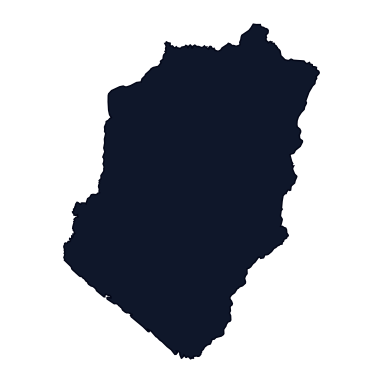 Muanza, Sofala, Mozambique, rotated 89°
{"feature_id": "85939544B50673994435668", "entity_name": "Muanza", "entity_type": "district", "adm_level": 2, "iso_a3": "MOZ", "parent_name": "Mozambique", "parent_adm1": "Sofala", "projection": "mercator", "projection_center": [34.955, -19.086], "detail": "fine", "context": "isolated", "style": "filled", "palette": "ink", "viewbox_px": 384, "rotation_deg": 89, "n_neighbors": 0, "source": "geoboundaries", "source_scale": "gbopen_adm2", "svg_char_len": 5912}
<svg xmlns="http://www.w3.org/2000/svg" viewBox="0 0 384 384"><g transform="rotate(89 192 192)"><path d="M69.6,65.4L69.0,66.9L68.8,69.3L66.8,69.6L66.5,70.2L66.5,71.5L64.6,72.3L65.5,74.3L65.4,75.9L63.0,77.8L62.1,88.3L61.0,90.3L61.1,91.1L62.2,92.6L62.1,94.5L61.4,96.8L57.2,100.8L52.6,101.5L51.4,102.3L49.7,104.3L48.9,104.2L48.5,105.1L47.5,105.2L46.8,106.5L44.8,107.3L44.7,109.6L44.3,109.8L43.3,109.6L43.4,110.4L42.9,111.1L44.1,113.1L42.9,113.8L42.1,115.2L41.4,115.1L40.2,115.7L38.9,114.8L37.9,115.2L36.0,115.2L34.8,113.6L33.9,113.2L32.0,113.0L30.7,113.6L29.9,115.1L29.8,116.2L28.8,117.4L28.0,120.2L25.8,120.8L25.8,124.7L25.3,127.8L28.8,130.0L31.5,132.2L36.2,139.4L37.8,140.0L40.7,140.5L43.1,141.6L45.4,141.3L46.4,142.7L47.1,145.4L46.3,147.7L46.3,149.5L44.7,151.1L44.0,153.1L45.1,154.0L48.5,159.4L50.7,160.9L51.8,163.4L50.9,166.4L49.7,166.9L49.6,167.4L48.9,167.4L49.2,168.4L48.8,168.7L48.8,169.5L48.0,169.8L47.2,170.9L46.9,170.6L46.7,171.4L47.3,172.2L47.9,172.2L48.2,172.8L49.0,172.6L49.5,173.2L47.9,175.1L47.3,174.8L47.4,176.1L46.2,177.0L47.6,178.8L47.8,180.1L46.6,182.8L46.9,183.4L46.6,184.1L46.8,184.6L45.2,186.6L46.6,189.0L47.8,188.6L48.2,189.2L47.9,189.8L46.4,189.9L45.0,191.1L45.5,192.1L47.1,192.8L47.8,193.5L47.5,193.9L46.4,193.6L45.3,195.6L46.5,196.6L47.0,199.7L48.5,201.3L47.8,202.8L48.0,203.8L46.5,205.2L47.4,206.1L47.6,206.8L47.2,208.2L46.7,208.0L45.6,209.0L45.7,211.1L44.3,211.7L43.8,211.2L42.8,211.3L42.5,213.1L41.5,215.0L42.9,215.7L43.0,216.5L45.6,215.2L48.1,215.9L50.3,215.5L50.9,216.5L52.0,215.8L52.6,215.9L54.0,217.6L55.4,218.2L58.7,218.6L60.6,221.1L61.3,221.2L62.2,220.6L65.8,223.5L66.9,228.6L68.1,230.7L69.7,231.9L73.5,236.3L75.1,236.9L77.9,239.9L81.1,241.0L81.6,245.5L84.6,251.5L85.8,255.2L85.8,257.0L84.9,258.9L85.6,262.5L89.2,270.6L92.4,273.6L94.1,274.0L100.4,274.2L108.7,273.9L113.4,273.0L116.1,271.3L117.2,272.9L118.9,274.4L120.0,276.5L121.9,276.7L125.4,278.3L128.1,278.1L129.9,278.3L132.0,277.2L137.5,278.6L141.5,278.4L146.5,279.4L150.2,278.4L155.5,280.5L156.7,279.7L158.4,279.4L160.6,279.7L162.3,280.4L164.6,279.5L166.1,279.4L167.4,279.8L168.4,279.6L170.0,280.0L173.9,282.7L177.0,282.6L178.9,284.6L180.1,284.2L181.1,284.7L181.9,284.3L183.5,285.1L185.1,285.3L187.5,284.6L189.6,284.9L191.1,284.4L191.6,286.1L192.6,287.1L193.0,288.4L192.7,291.0L193.0,292.7L195.5,294.2L196.8,296.4L202.0,298.2L201.2,299.3L201.1,302.5L201.3,303.0L202.1,303.3L202.5,303.9L200.6,306.2L200.3,307.1L201.7,308.2L203.3,308.8L204.3,308.5L205.0,309.5L206.0,309.4L207.1,310.7L208.9,310.5L209.8,311.8L210.6,311.6L211.6,310.5L213.0,310.4L213.3,308.3L212.5,307.5L212.4,306.8L213.7,306.9L214.8,306.3L215.2,306.8L215.2,308.2L217.2,310.4L218.7,309.7L219.6,310.7L220.4,310.4L224.3,311.6L226.5,311.9L227.4,311.2L228.3,311.3L228.9,310.5L230.3,310.4L231.2,309.8L231.9,310.2L231.9,311.7L234.6,311.9L234.0,313.0L236.4,313.0L236.6,314.1L236.3,315.1L236.9,315.2L238.6,314.4L239.1,314.6L239.5,315.3L239.3,316.6L241.2,317.9L240.8,319.5L241.3,320.2L242.3,320.2L243.6,320.9L244.7,321.1L247.4,320.3L247.9,320.7L249.8,320.2L251.2,320.8L252.3,320.1L255.2,321.2L257.2,320.4L257.9,320.7L264.1,314.5L265.2,313.8L266.7,313.5L268.1,312.3L273.9,306.1L274.4,305.3L274.5,303.8L276.2,302.3L276.9,301.1L279.3,299.4L280.2,297.9L281.5,297.6L282.5,296.9L284.1,294.6L284.7,292.7L285.7,291.3L287.3,289.8L289.0,289.1L295.2,281.9L295.3,281.0L293.8,280.9L292.7,279.9L293.8,277.6L293.8,276.4L294.2,275.7L295.6,274.8L296.6,275.0L295.7,277.0L295.8,278.1L296.4,278.9L297.6,278.6L302.3,271.7L302.2,270.3L302.6,268.5L304.5,266.9L304.9,266.1L305.8,265.5L306.5,264.4L308.8,263.4L310.9,260.9L311.6,259.4L311.6,257.8L312.2,256.1L313.4,255.0L313.3,254.1L313.7,253.9L314.0,254.1L314.5,255.5L315.8,254.8L325.8,243.2L330.7,238.4L330.8,238.0L329.8,238.2L329.2,238.5L329.2,239.0L328.5,239.2L328.3,238.8L329.0,237.3L330.3,236.8L329.8,236.2L330.0,235.5L335.9,230.6L336.8,229.1L339.3,226.9L341.1,224.4L346.1,219.5L349.3,215.5L354.0,212.0L354.0,210.8L352.3,209.4L350.7,210.4L350.9,208.2L352.7,207.0L354.5,206.9L357.9,205.5L357.6,204.8L356.3,203.6L354.8,202.9L357.2,201.0L357.2,200.3L356.3,199.2L356.4,198.5L358.7,196.4L358.4,195.6L357.7,195.2L358.3,193.8L358.0,193.4L357.0,193.7L356.3,193.4L356.0,190.1L356.4,189.1L356.3,188.0L355.8,187.2L354.1,185.9L353.1,186.1L352.4,185.3L350.9,185.2L349.7,183.6L347.3,182.2L345.1,179.4L344.2,176.3L339.6,174.4L339.5,172.4L337.8,170.5L336.5,165.2L335.0,163.1L334.1,162.7L330.3,162.8L329.2,162.3L326.7,160.5L325.0,160.0L322.6,158.4L321.8,156.2L320.7,155.5L316.3,155.6L314.0,156.6L313.0,156.5L311.5,155.7L307.6,156.0L306.4,155.2L305.6,154.0L304.3,153.6L302.0,154.4L299.8,155.9L298.0,156.0L295.7,154.4L293.4,151.1L289.6,148.7L288.8,147.2L287.7,146.3L286.6,143.1L284.1,140.3L282.7,140.1L279.2,141.0L276.7,140.0L274.6,138.4L270.6,138.5L269.5,138.0L269.1,136.4L267.8,134.6L265.0,132.6L263.1,130.2L258.4,126.7L258.2,125.2L259.5,124.5L259.0,121.6L256.4,120.4L256.0,119.8L256.0,118.2L255.6,116.9L252.9,113.5L249.8,111.1L248.9,109.2L247.2,107.4L246.8,106.0L245.9,104.9L245.6,102.9L243.7,102.6L242.8,101.4L240.8,100.8L240.0,98.8L239.5,98.2L238.1,97.7L237.5,96.6L236.8,96.6L234.6,98.0L231.4,98.2L229.8,98.9L229.0,100.9L228.0,102.1L227.9,104.1L221.3,102.3L220.5,102.4L218.0,103.9L217.2,104.0L212.4,103.3L210.7,102.1L210.1,102.7L209.3,102.8L202.7,102.1L197.4,101.1L195.4,99.4L195.1,97.9L193.4,97.3L191.6,95.8L191.6,95.0L192.1,94.2L191.8,93.4L188.3,92.9L187.3,92.3L184.8,89.3L182.3,88.7L179.1,87.2L178.1,87.0L175.8,89.2L171.2,91.0L169.8,91.0L167.7,89.9L167.7,91.0L167.1,91.4L166.4,91.5L165.4,90.8L163.2,91.9L156.5,93.5L155.5,91.9L155.3,90.4L154.5,89.2L152.0,87.9L148.2,83.0L143.8,80.7L142.6,80.8L141.3,82.7L140.1,83.5L137.0,83.7L134.1,82.4L132.8,82.3L131.0,83.1L128.7,85.7L126.3,86.0L122.5,85.7L118.7,84.4L114.3,81.4L111.4,78.5L108.6,77.9L105.6,76.2L104.4,76.1L103.3,76.7L102.2,76.5L94.2,73.4L88.1,69.7L85.8,67.3L82.5,66.8L80.7,65.4L78.8,65.8L75.8,63.0L74.6,62.8L73.4,63.3L71.9,65.7L69.6,65.4Z" fill="#0f172a" stroke="#020617" stroke-width="1.5"/></g></svg>